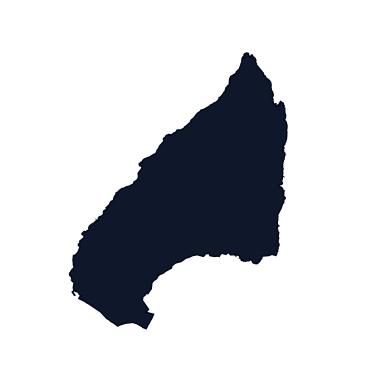 the district of Nesodden nor, Akershus, Norway, rotated 15°
{"feature_id": "86288312B79220193025286", "entity_name": "Nesodden nor", "entity_type": "district", "adm_level": 2, "iso_a3": "NOR", "parent_name": "Norway", "parent_adm1": "Akershus", "projection": "robinson", "projection_center": [10.655, 59.797], "detail": "fine", "context": "isolated", "style": "filled", "palette": "ink", "viewbox_px": 384, "rotation_deg": 15, "n_neighbors": 0, "source": "geoboundaries", "source_scale": "gbopen_adm2", "svg_char_len": 6010}
<svg xmlns="http://www.w3.org/2000/svg" viewBox="0 0 384 384"><g transform="rotate(15 192 192)"><path d="M289.4,231.6L289.8,230.4L289.6,226.8L290.0,226.7L289.5,225.8L289.8,224.4L289.3,222.8L289.8,221.0L289.3,219.5L288.2,218.8L287.7,216.5L287.5,214.5L287.7,214.2L286.8,213.1L286.2,208.7L284.5,207.4L284.5,206.3L283.5,205.0L284.0,202.7L284.4,202.3L283.5,202.1L282.4,200.1L282.1,199.2L282.0,196.6L281.1,194.0L281.3,193.6L280.6,192.1L282.3,184.3L282.4,180.2L283.3,178.7L282.7,175.7L283.0,175.2L282.7,174.5L283.0,174.3L282.5,173.9L282.9,173.6L283.3,174.3L283.7,174.2L283.5,173.5L281.1,171.7L281.2,170.0L280.6,169.0L280.7,168.0L280.3,167.7L280.6,167.1L279.0,166.5L278.5,165.2L276.8,164.3L275.0,164.0L274.3,163.3L274.4,162.6L275.0,162.7L274.7,162.5L274.9,162.2L276.6,161.5L277.1,160.1L275.6,158.2L275.6,156.6L275.3,156.4L275.8,156.1L275.2,153.2L275.6,153.2L274.9,152.8L274.8,150.2L274.0,149.2L274.3,148.9L273.7,147.4L274.1,146.4L272.6,143.8L272.9,143.2L272.1,141.8L272.3,140.7L271.9,139.8L272.2,138.9L271.7,138.3L272.4,137.0L271.9,134.1L272.2,131.9L271.6,130.5L269.8,129.8L270.0,128.8L269.3,128.0L269.3,127.1L268.6,126.1L269.4,125.7L268.1,124.1L269.2,122.1L268.9,121.3L269.4,119.4L269.2,119.4L269.5,116.7L269.1,114.2L268.0,109.4L267.1,107.5L267.2,106.3L266.6,103.4L264.9,100.2L263.2,98.8L262.7,99.0L262.3,98.3L262.9,96.6L263.6,96.5L262.9,96.3L262.7,94.1L260.9,90.9L259.8,87.0L258.7,86.9L258.8,84.9L257.5,83.9L257.2,82.7L255.5,82.3L254.3,81.6L254.0,82.1L254.3,83.1L253.7,83.4L254.1,83.9L253.7,84.1L253.9,84.6L253.4,84.6L253.2,85.1L253.5,86.4L252.1,86.1L252.3,86.9L251.8,87.5L251.2,87.4L249.8,85.4L250.6,84.6L249.4,85.4L249.4,85.9L247.7,85.6L247.2,85.0L247.2,84.0L246.5,83.2L246.2,81.5L244.9,80.0L245.5,78.0L245.3,77.1L243.8,74.4L242.4,73.5L241.0,70.2L240.8,68.5L239.5,65.7L237.5,64.1L234.0,62.6L233.1,62.0L232.9,61.2L231.8,60.8L231.1,61.0L230.2,58.9L220.9,52.3L221.0,51.5L218.4,48.6L218.7,48.3L220.0,49.0L218.5,46.8L217.6,46.3L217.7,46.9L217.0,46.1L216.4,46.1L215.1,44.6L215.0,45.1L213.7,43.9L214.4,45.2L213.7,45.4L214.0,46.6L213.8,46.9L213.1,46.8L210.7,44.7L210.8,44.2L210.5,44.0L211.3,43.3L210.4,44.0L210.2,43.6L208.8,43.6L207.0,45.0L206.8,45.7L207.3,45.9L207.7,46.7L207.3,46.4L206.9,47.1L207.9,48.9L206.7,48.5L207.0,49.2L206.0,49.2L205.8,50.0L206.7,54.4L206.2,55.4L206.4,56.5L205.7,61.8L204.8,62.5L204.6,63.4L203.8,64.3L203.8,65.7L202.8,67.7L202.4,67.9L202.4,67.5L199.5,70.5L199.2,73.1L200.2,79.1L199.5,80.4L199.1,80.1L198.5,81.8L197.9,82.4L197.9,86.1L197.4,86.7L196.3,90.3L194.7,93.4L193.9,93.7L193.8,94.1L194.2,94.6L193.4,97.0L192.0,99.1L190.0,100.6L189.1,101.9L187.1,103.5L186.9,104.3L182.2,109.1L179.6,110.6L179.1,112.0L176.8,114.7L174.5,120.1L172.9,122.3L172.4,123.5L172.5,124.8L169.8,129.1L168.7,130.6L168.2,130.8L167.9,132.3L164.9,135.1L162.3,135.7L161.4,136.4L160.8,138.8L159.2,139.7L158.0,141.5L156.1,143.0L155.0,143.1L155.5,142.3L154.9,142.3L154.4,142.7L154.6,143.0L153.5,143.3L152.5,144.1L152.0,146.0L150.9,147.2L150.6,148.2L151.1,149.0L151.8,149.2L151.8,150.1L148.8,156.0L148.6,158.1L147.6,160.7L147.3,163.6L146.8,164.6L145.2,165.7L142.5,168.7L137.5,172.4L136.3,174.2L136.0,175.7L136.5,176.1L134.9,176.7L135.2,177.2L135.0,177.6L133.8,178.0L134.1,179.5L134.8,180.2L136.3,180.0L137.7,181.6L135.4,187.1L135.3,188.3L136.1,190.1L136.5,192.4L136.1,194.2L135.0,195.6L135.7,195.4L135.0,195.7L134.2,196.8L133.7,196.8L133.4,197.4L133.7,197.5L133.5,199.2L129.9,202.7L127.3,204.0L125.0,206.2L123.5,206.7L121.9,209.0L121.4,209.1L120.9,211.1L120.0,211.4L118.9,212.8L119.7,214.0L119.1,214.1L119.1,215.3L118.4,215.8L118.2,217.2L118.7,217.4L118.1,218.2L118.3,220.1L117.4,221.4L116.5,221.8L115.9,223.1L115.3,226.6L115.7,226.8L115.7,227.4L114.7,226.9L113.1,229.6L113.6,229.7L114.7,227.7L115.3,227.9L114.9,230.4L111.8,232.8L111.7,234.7L112.5,236.2L110.7,238.8L108.9,240.0L108.3,241.4L109.0,242.1L108.3,243.3L108.3,244.2L107.8,244.8L107.0,244.2L107.3,245.2L106.3,245.6L105.0,247.8L104.0,248.5L101.9,251.2L101.5,253.3L102.2,254.7L102.0,255.6L100.7,256.5L100.0,258.0L98.2,257.9L97.8,258.3L96.6,260.5L96.7,261.4L97.6,261.5L99.4,262.7L99.6,263.9L96.3,268.6L97.0,270.2L95.9,271.6L96.2,273.2L97.5,273.4L98.1,274.0L97.5,279.6L96.0,282.5L95.9,283.6L94.7,283.5L94.0,284.1L94.8,289.1L95.2,289.4L96.4,293.3L97.7,295.1L96.9,297.2L96.3,297.8L96.0,299.3L95.6,299.6L95.5,300.9L94.8,302.1L95.5,304.2L97.2,304.9L99.1,308.2L98.6,308.4L99.8,309.4L100.4,309.1L101.6,310.0L102.1,315.1L103.1,317.1L104.0,317.4L102.2,319.4L102.3,319.7L105.2,322.2L105.5,322.0L102.5,319.4L103.8,317.7L104.6,317.4L105.5,317.7L105.4,318.2L106.5,318.0L108.8,318.8L109.4,319.8L111.5,321.0L110.5,322.8L110.3,324.2L117.6,325.5L118.3,326.1L120.7,326.6L131.9,330.4L134.9,331.5L142.4,336.2L144.8,336.8L147.0,338.0L150.5,338.9L155.0,340.7L156.4,339.3L161.7,335.9L168.6,333.2L173.2,333.5L179.2,335.0L179.4,335.5L183.0,335.9L183.7,333.2L183.6,331.4L184.1,331.2L183.8,330.8L184.2,330.5L184.7,329.3L185.1,326.6L185.6,325.8L186.5,320.1L178.6,320.1L180.4,316.7L171.3,308.9L172.0,308.0L171.5,306.2L173.4,303.6L173.1,303.4L173.2,302.3L175.8,301.5L176.6,298.6L177.7,296.1L176.7,290.1L178.0,287.3L179.3,286.0L180.4,284.2L180.8,282.6L180.2,280.8L181.5,281.1L181.9,280.3L185.3,277.7L187.0,275.3L191.8,270.8L191.7,268.5L194.3,264.9L199.5,261.9L203.0,257.6L206.6,255.3L209.2,253.1L213.3,251.2L219.6,251.2L220.6,249.9L220.5,248.6L223.5,247.1L224.6,247.1L225.8,248.8L230.4,248.4L233.2,247.3L235.0,247.2L235.1,246.2L236.1,244.0L237.3,243.1L239.2,243.5L241.1,243.3L242.3,241.5L243.7,241.2L244.7,242.0L244.9,242.5L245.6,242.7L248.5,241.7L249.0,240.9L249.4,240.9L250.1,242.1L250.8,242.4L251.1,242.2L250.5,241.2L251.1,240.4L252.2,241.0L254.2,241.3L255.3,242.9L255.2,243.4L256.7,243.1L256.8,244.3L257.4,245.3L257.7,245.2L257.6,244.7L258.6,244.2L259.6,245.5L260.1,245.4L260.5,244.8L261.8,244.9L262.8,244.2L264.5,243.7L265.7,242.9L265.8,242.2L266.6,242.0L267.4,242.2L268.5,243.9L269.5,244.6L272.6,244.7L273.1,244.1L273.8,244.1L275.2,241.6L276.5,237.8L276.4,236.0L276.8,235.6L282.7,233.4L285.5,231.4L286.6,231.2L286.6,231.5L289.4,231.6Z" fill="#0f172a" stroke="#020617" stroke-width="1.5"/></g></svg>